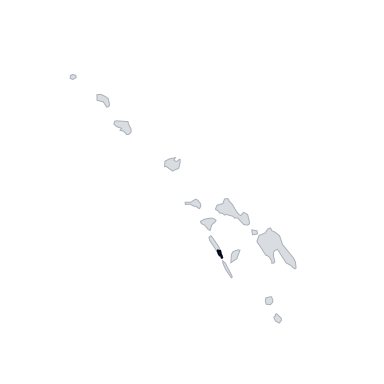 North Pentecost, Penama, Vanuatu (highlighted), rotated 157°
{"feature_id": "77236927B73444068942664", "entity_name": "North Pentecost", "entity_type": "district", "adm_level": 2, "iso_a3": "VUT", "parent_name": "Vanuatu", "parent_adm1": "Penama", "projection": "natural_earth1", "projection_center": [168.162, -15.542], "detail": "fine", "context": "in_parent", "style": "filled", "palette": "ink", "viewbox_px": 384, "rotation_deg": 157, "n_neighbors": 0, "source": "geoboundaries", "source_scale": "gbopen_adm2", "svg_char_len": 3823}
<svg xmlns="http://www.w3.org/2000/svg" viewBox="0 0 384 384"><g transform="rotate(157 192 192)"><path d="M133.1,90.1L135.7,105.8L138.8,105.7L140.3,104.9L142.1,101.2L142.9,95.5L144.5,94.6L146.4,95.3L145.6,97.1L146.2,101.7L147.7,104.3L148.7,104.7L150.8,116.8L151.5,119.3L151.5,121.3L147.2,125.8L140.9,125.7L136.4,128.4L133.7,128.2L133.7,125.2L131.3,122.7L128.5,117.5L129.2,108.3L124.3,91.2L124.2,86.9L125.9,81.3L127.5,81.1L129.8,85.8L133.1,90.1ZM160.1,150.2L162.0,151.2L163.0,151.2L163.6,153.5L169.4,158.1L171.0,158.0L172.3,160.5L174.8,161.8L175.4,164.4L177.2,167.0L174.1,170.1L168.1,169.3L164.7,172.9L161.6,172.0L161.1,170.1L161.5,169.5L159.7,164.7L158.8,157.3L157.6,153.0L156.2,151.1L153.4,152.8L152.3,153.0L149.6,149.5L150.8,142.3L151.5,140.2L153.7,139.8L157.0,141.7L160.1,150.2ZM237.4,285.0L235.5,287.3L233.9,287.1L223.4,281.8L223.9,279.6L223.5,274.0L224.6,271.0L227.5,269.7L229.8,270.4L231.1,274.8L234.2,276.7L232.0,278.2L235.9,281.6L237.4,285.0ZM201.7,218.8L205.7,225.5L207.3,226.0L204.9,230.9L199.9,231.3L193.9,230.1L196.1,228.4L195.0,226.5L193.2,226.1L191.1,227.0L190.2,226.7L191.5,223.6L194.8,219.2L195.8,218.9L196.7,218.8L197.5,219.2L201.7,218.8ZM195.8,161.6L191.2,162.1L184.7,160.6L182.1,158.6L180.9,156.5L183.2,155.0L186.4,154.3L190.4,149.5L191.8,151.4L193.3,156.6L194.9,158.2L195.8,159.8L195.8,161.6ZM243.6,313.5L241.5,318.7L237.8,317.5L234.4,313.7L232.6,310.5L233.9,304.2L235.6,303.1L237.4,303.5L238.4,309.6L243.6,313.5ZM192.4,144.3L191.7,144.3L191.0,142.2L188.7,130.6L190.2,120.2L191.2,122.4L194.6,140.6L194.1,143.6L192.4,144.3ZM201.8,182.6L203.0,183.3L202.3,185.2L196.8,183.0L192.4,183.9L191.1,183.8L189.8,182.0L188.8,178.4L189.3,175.8L191.1,174.1L191.8,173.8L193.2,176.0L194.5,177.5L195.7,178.1L198.5,181.6L201.8,182.6ZM180.2,119.0L177.5,121.1L172.5,120.9L170.6,119.7L176.8,113.1L183.9,111.7L180.2,119.0ZM167.0,63.3L165.3,65.7L160.7,64.9L159.7,64.3L160.0,60.3L161.1,58.9L163.8,57.7L167.6,59.7L167.0,63.3ZM163.1,46.6L162.5,47.0L161.6,46.7L159.2,40.9L159.8,39.0L162.8,37.2L165.5,40.4L165.7,42.2L165.7,43.7L165.3,45.0L163.5,45.5L163.1,46.6ZM191.4,113.9L190.7,116.8L189.1,113.4L188.0,99.1L188.4,97.8L189.3,97.7L191.3,107.6L191.4,113.9ZM259.8,344.2L258.3,346.8L256.2,346.8L253.4,344.9L253.9,342.6L257.1,342.2L258.0,342.3L259.8,344.2ZM152.3,132.6L151.6,133.8L147.3,130.8L148.2,127.8L152.9,128.9L152.3,132.6Z" fill="#d9dde1" stroke="#a8b0b8" stroke-width="1"/><path d="M191.6,128.0L191.6,127.9L191.5,127.7L191.6,127.4L191.4,127.4L191.5,127.3L191.5,127.2L191.5,127.3L191.5,127.2L191.4,127.2L191.3,126.9L191.3,126.7L191.2,126.6L191.3,126.5L191.4,126.4L191.5,126.4L191.5,126.2L191.7,125.9L191.8,125.8L191.8,125.7L191.8,125.4L191.8,125.2L191.8,124.9L191.7,124.8L191.8,124.7L191.8,124.4L191.7,124.3L191.7,124.2L191.6,123.9L191.6,123.7L191.6,123.4L191.5,123.2L191.6,122.9L191.6,122.7L191.4,122.6L191.2,122.5L190.8,122.6L190.7,122.6L190.7,122.4L190.5,122.2L190.4,122.2L190.3,121.9L190.3,121.7L190.3,121.4L190.2,121.3L190.2,121.2L190.3,121.1L190.3,120.9L190.3,120.7L190.5,120.6L190.6,120.4L190.6,120.2L190.7,119.9L190.6,119.7L190.4,119.6L190.2,119.6L189.9,119.6L189.7,119.7L189.7,119.8L189.5,120.0L189.6,120.3L189.5,120.5L189.5,120.8L189.5,121.0L189.5,121.3L189.4,121.5L189.3,121.8L189.5,122.1L189.4,122.3L189.4,122.5L189.5,122.6L189.5,122.8L189.6,123.0L189.6,123.3L189.5,123.5L189.4,123.5L189.4,123.8L189.5,123.8L189.8,124.0L189.7,124.3L189.6,124.5L189.4,124.5L189.2,124.6L189.1,124.8L189.2,125.0L189.1,125.3L189.1,125.5L189.0,125.8L188.9,125.9L188.9,126.0L188.9,126.3L188.8,126.5L188.9,126.8L188.9,127.1L189.0,127.1L189.3,127.1L189.5,127.1L189.8,127.0L190.0,127.1L190.0,127.3L190.1,127.5L190.3,127.5L190.4,127.4L190.5,127.4L190.6,127.2L190.6,127.3L190.6,127.5L190.8,127.8L190.8,128.0L190.8,128.3L191.0,128.4L191.2,128.2L191.3,128.1L191.5,128.1L191.6,128.0Z" fill="#0f172a" stroke="#020617" stroke-width="1.5"/></g></svg>